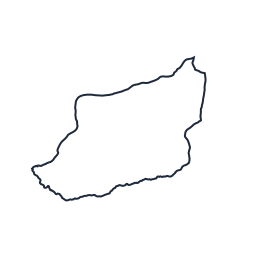 Tilisca, Sibiu, Romania (orthographic projection), rotated 25°
{"feature_id": "2599482B81731395938028", "entity_name": "Tilisca", "entity_type": "district", "adm_level": 2, "iso_a3": "ROU", "parent_name": "Romania", "parent_adm1": "Sibiu", "projection": "orthographic", "projection_center": [23.764, 45.562], "detail": "fine", "context": "isolated", "style": "outline", "palette": "slate", "viewbox_px": 256, "rotation_deg": 25, "n_neighbors": 0, "source": "geoboundaries", "source_scale": "gbopen_adm2", "svg_char_len": 5763}
<svg xmlns="http://www.w3.org/2000/svg" viewBox="0 0 256 256"><g transform="rotate(25 128 128)"><path d="M174.3,45.8L172.6,46.3L171.1,46.7L169.9,46.7L168.9,46.6L168.6,46.4L167.5,46.4L166.4,46.6L165.2,46.7L164.5,46.8L164.0,46.6L163.4,45.7L159.9,43.0L158.8,41.7L158.7,39.6L158.2,37.4L157.9,36.2L156.2,38.3L154.8,39.2L152.1,41.1L151.1,42.9L150.6,45.0L150.1,49.1L149.4,51.8L148.1,53.5L147.8,54.0L147.8,55.5L147.4,56.6L146.5,58.3L146.5,59.2L146.7,59.9L146.5,60.8L146.3,61.2L145.6,62.1L144.7,63.0L143.6,63.8L142.6,64.5L140.5,65.5L138.2,66.3L136.5,67.3L135.9,67.8L135.3,68.8L134.5,70.8L132.4,73.4L130.7,75.1L129.2,76.5L128.0,77.8L126.5,79.0L124.9,79.8L123.5,80.2L122.1,80.9L120.8,81.9L119.4,83.4L118.1,84.5L116.7,85.4L115.8,86.1L114.2,87.7L113.1,89.9L111.8,92.4L111.0,93.4L109.9,94.3L107.6,96.8L106.5,97.9L103.4,100.5L101.5,102.1L100.8,102.5L99.9,103.8L99.1,104.4L98.4,104.8L97.3,105.8L95.7,106.7L93.7,107.9L92.6,108.6L90.9,109.6L87.5,110.9L84.8,112.0L81.5,113.0L80.0,113.6L76.6,115.2L74.9,116.3L73.9,116.9L71.7,118.9L70.8,120.1L70.1,121.2L70.0,121.6L69.6,123.3L69.5,125.2L69.8,126.7L71.1,130.7L71.6,132.1L72.1,132.8L72.8,133.6L73.1,134.2L73.8,135.6L74.7,138.1L75.3,139.3L76.1,140.4L76.5,141.2L77.3,142.3L78.5,143.0L79.0,143.5L80.4,146.2L81.4,147.4L81.6,148.1L81.8,150.1L81.7,151.0L81.1,152.9L79.8,155.0L78.0,157.3L76.7,159.3L76.6,159.5L76.2,162.1L75.5,164.3L73.9,168.2L73.5,169.8L73.2,172.6L73.2,175.8L73.3,177.2L73.6,178.3L74.3,179.1L75.0,179.6L75.3,180.2L75.3,181.1L75.1,182.7L74.2,185.4L73.9,186.9L73.8,188.1L73.0,190.1L72.1,191.6L71.3,192.2L70.0,193.5L69.0,194.6L68.9,195.0L68.2,195.8L67.8,196.1L67.5,196.5L67.1,196.7L66.9,196.9L66.7,197.2L66.5,197.5L66.3,197.8L65.6,198.7L65.3,199.1L64.7,199.2L64.5,199.3L64.4,199.4L64.0,199.5L63.8,199.6L63.4,199.6L63.1,199.8L62.7,199.9L62.1,200.2L61.9,200.4L62.0,200.6L62.1,201.0L61.6,201.1L61.1,201.1L60.7,201.2L60.5,201.5L60.4,201.8L60.1,202.0L59.6,202.3L59.2,202.8L58.8,203.4L58.8,203.6L58.6,204.2L58.5,204.6L58.2,205.4L58.5,205.6L58.8,205.5L59.2,205.7L59.2,206.8L60.1,207.4L61.1,207.7L61.6,208.1L61.8,208.6L62.1,209.0L62.6,209.4L63.7,209.7L65.7,209.8L66.8,210.2L67.8,211.0L68.7,211.3L70.0,211.6L70.6,212.1L70.9,212.7L71.1,213.6L71.1,214.3L71.3,214.9L71.7,215.2L72.8,215.6L73.3,215.6L74.3,215.5L75.0,215.5L75.4,215.5L76.2,215.9L76.4,216.1L76.6,216.6L77.1,217.2L78.0,217.3L78.5,217.1L79.0,216.7L79.5,215.9L79.7,215.6L79.9,214.5L80.1,214.3L80.4,214.2L80.7,214.3L81.1,214.5L81.5,215.0L81.8,215.4L82.7,216.2L83.6,217.0L84.2,217.1L84.4,217.0L84.6,216.7L85.3,216.7L85.7,217.0L86.7,216.9L87.1,216.9L87.5,217.2L88.2,217.2L89.1,217.6L90.3,218.3L91.2,218.2L91.5,217.7L92.1,217.1L93.8,216.8L94.4,217.1L95.3,217.6L96.3,217.9L96.8,218.2L97.6,219.1L99.6,219.4L100.4,219.6L102.3,219.8L103.2,219.5L104.0,218.9L105.1,217.8L105.7,217.2L106.9,216.9L107.5,216.6L107.9,216.2L108.7,215.8L109.1,214.9L109.4,214.5L109.9,214.2L110.4,214.2L110.9,214.1L111.2,213.9L112.1,213.3L112.9,212.6L113.2,212.2L113.7,211.1L113.9,210.8L114.3,210.5L114.8,210.1L115.7,209.6L117.0,208.1L117.5,207.8L118.1,207.5L118.7,207.2L119.4,206.6L120.2,205.8L121.0,205.3L121.4,205.1L123.0,204.6L123.7,204.4L124.2,204.0L124.6,203.7L125.2,203.2L125.7,202.9L126.4,202.8L126.8,202.9L127.9,203.1L128.4,203.1L129.6,202.8L131.1,201.9L131.7,201.8L132.3,201.6L133.4,200.5L134.2,199.7L135.7,197.9L136.5,197.3L137.0,196.7L137.5,196.2L138.2,195.7L138.6,195.4L138.9,194.8L139.0,194.3L139.0,193.8L139.0,193.2L139.0,192.9L139.3,192.3L139.9,191.5L140.0,190.8L140.2,189.9L140.7,188.7L141.6,187.8L141.8,187.4L141.8,187.2L141.7,186.7L141.8,186.4L141.8,186.1L142.1,185.7L142.6,185.2L143.5,184.5L143.7,184.2L144.2,183.5L144.8,183.2L145.9,183.0L146.9,182.9L147.9,182.5L148.9,181.8L149.6,181.0L150.0,180.4L150.0,179.8L150.3,179.3L150.6,179.1L151.0,179.0L151.3,179.1L151.8,179.3L152.3,179.4L152.8,179.3L153.3,179.0L154.1,178.4L155.8,176.5L156.2,176.0L156.5,175.9L156.9,175.5L157.2,174.9L157.4,174.8L158.2,174.5L158.7,174.1L159.3,174.1L159.6,173.9L160.0,173.4L160.4,173.3L160.6,172.9L160.7,172.4L161.3,171.3L161.8,170.6L162.8,170.1L162.9,169.9L163.2,169.1L164.2,168.2L164.5,167.8L164.9,167.2L165.2,166.9L165.5,166.6L165.8,166.5L166.4,166.5L166.9,166.3L167.2,166.2L167.8,166.2L168.3,166.0L169.0,165.4L169.3,165.3L170.5,165.3L171.1,164.8L171.5,164.3L172.0,164.0L173.2,163.1L173.9,162.4L174.4,162.1L174.7,162.0L174.9,161.7L174.9,161.2L175.1,160.7L175.1,160.3L175.2,159.8L175.3,159.6L175.6,159.3L176.0,159.1L176.4,159.1L176.8,159.1L177.0,159.1L177.1,158.9L177.4,158.5L177.6,158.3L178.0,158.1L178.6,158.1L179.5,158.0L179.8,157.7L180.2,157.3L180.6,157.0L181.1,157.0L181.3,156.8L181.7,156.4L182.2,156.3L182.6,156.0L182.9,155.7L183.5,155.1L184.0,154.8L184.8,154.7L185.5,154.6L186.2,154.4L187.1,154.0L187.5,153.6L187.8,153.3L188.3,152.4L189.0,150.5L189.6,149.2L189.8,148.7L189.7,147.8L190.0,147.5L190.2,146.8L190.4,146.2L190.9,145.7L191.5,145.1L192.7,144.2L193.4,143.3L193.6,142.4L193.5,141.4L193.5,140.6L193.8,139.8L194.5,138.6L194.9,138.1L196.2,136.9L196.8,136.1L197.3,134.9L197.8,134.5L197.8,133.8L197.8,132.9L197.6,132.2L197.4,131.5L196.9,130.3L196.6,129.4L195.8,128.4L195.1,127.2L193.7,125.4L193.4,124.6L192.9,122.5L192.7,120.5L192.2,119.1L191.1,117.9L190.2,116.7L188.0,114.5L187.1,113.7L184.9,112.6L183.5,111.9L183.1,111.5L182.9,111.1L182.7,110.6L181.8,107.3L182.0,105.9L182.2,104.8L182.5,104.3L183.5,102.6L184.3,101.4L185.1,99.6L186.0,97.3L186.8,96.0L187.9,94.6L188.7,93.8L189.2,93.2L189.4,92.6L189.5,92.3L189.7,91.8L190.2,91.4L190.4,91.0L190.9,90.3L190.4,89.4L189.3,87.7L188.8,86.9L188.2,85.3L187.8,83.9L186.4,80.8L185.9,79.5L186.0,79.0L186.1,78.4L185.9,77.9L185.5,76.3L185.1,74.5L184.9,73.3L184.1,70.7L183.6,69.1L183.0,66.5L182.1,63.6L181.4,61.2L180.9,60.1L180.2,58.8L179.5,56.7L179.0,55.3L178.6,53.3L178.2,52.2L177.6,50.9L175.9,48.1L174.3,45.8Z" fill="none" stroke="#1e293b" stroke-width="2"/></g></svg>